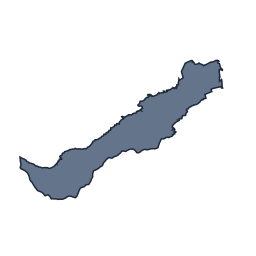 Stanesti, Gorj, Romania, rotated 238°
{"feature_id": "2599482B13485546632352", "entity_name": "Stanesti", "entity_type": "district", "adm_level": 2, "iso_a3": "ROU", "parent_name": "Romania", "parent_adm1": "Gorj", "projection": "orthographic", "projection_center": [23.248, 45.191], "detail": "fine", "context": "isolated", "style": "filled", "palette": "slate", "viewbox_px": 256, "rotation_deg": 238, "n_neighbors": 0, "source": "geoboundaries", "source_scale": "gbopen_adm2", "svg_char_len": 5977}
<svg xmlns="http://www.w3.org/2000/svg" viewBox="0 0 256 256"><g transform="rotate(238 128 128)"><path d="M141.1,224.9L142.6,224.4L144.9,222.7L145.5,222.7L145.3,221.2L145.6,220.4L146.4,218.8L146.8,218.4L149.2,218.6L149.4,217.9L149.7,217.5L149.9,217.9L150.8,218.3L151.4,218.0L151.7,217.4L152.2,214.3L152.4,213.9L152.4,211.9L152.6,210.8L147.5,203.2L141.3,201.4L141.2,197.2L142.7,197.2L141.2,196.1L139.8,194.6L138.9,194.3L138.7,193.9L138.0,193.8L138.3,192.6L138.7,192.2L138.3,191.8L137.5,191.8L137.5,190.7L136.3,190.6L136.3,190.1L136.2,190.0L137.2,189.8L137.3,189.2L137.0,189.0L136.9,188.1L137.7,188.1L138.0,187.7L138.5,187.6L138.1,187.0L138.4,186.4L138.1,184.7L138.2,183.9L138.6,183.4L138.4,183.3L138.4,182.5L138.6,182.1L138.8,182.0L138.7,181.8L138.7,181.3L139.2,181.4L139.6,180.9L139.4,180.4L138.1,180.4L138.1,180.2L138.7,178.5L140.0,178.3L140.3,177.9L139.1,178.0L139.2,177.6L139.7,177.3L139.2,176.7L140.0,175.9L140.0,174.9L140.8,173.5L141.5,173.0L140.8,172.4L141.4,172.0L140.8,169.8L141.5,166.3L141.8,165.8L142.9,165.4L142.3,165.2L142.7,164.7L143.1,164.5L143.3,164.7L144.6,164.4L144.5,163.9L145.9,163.6L144.8,163.4L144.9,163.1L145.5,163.0L145.6,162.6L145.8,162.4L145.6,162.1L144.9,162.7L143.8,162.7L143.7,161.7L143.3,161.4L143.5,160.8L143.9,160.6L144.0,159.5L143.6,158.2L143.4,157.9L143.6,157.5L143.1,156.6L143.0,155.5L143.3,154.2L143.9,152.9L144.3,152.5L142.7,150.8L142.2,148.5L141.2,148.4L140.4,149.3L140.0,150.3L139.3,151.3L138.8,151.4L137.8,150.8L137.2,150.9L136.9,150.5L137.0,149.8L136.6,148.8L136.9,149.2L137.1,149.2L137.0,148.2L135.7,148.4L136.4,147.8L136.6,147.3L136.6,145.9L136.8,145.5L137.2,145.5L137.4,144.5L137.3,143.7L136.4,143.3L136.7,142.2L137.3,141.1L137.4,140.6L137.5,140.0L137.3,139.8L137.6,139.4L137.3,137.8L138.0,137.0L138.3,136.0L138.6,136.0L138.9,135.6L138.7,133.9L139.0,131.7L138.8,130.7L139.7,130.3L140.2,129.5L140.9,129.3L141.0,128.7L139.8,128.6L139.2,129.0L138.3,129.2L138.1,128.2L138.5,126.6L138.0,125.8L137.7,124.3L137.3,123.5L136.6,123.2L135.9,122.6L137.0,122.0L137.7,120.7L137.5,120.3L136.5,119.5L137.6,118.3L136.6,117.2L136.7,115.1L136.6,114.6L137.3,113.7L137.1,113.3L136.2,113.0L135.4,112.0L135.4,111.7L135.9,111.0L136.0,110.6L135.0,109.5L135.0,109.2L135.3,109.0L134.9,108.5L135.0,107.9L135.6,107.3L135.4,106.8L134.5,105.8L134.4,105.5L135.3,104.8L135.5,104.3L134.4,103.0L134.8,101.1L134.3,100.1L134.4,98.3L134.2,97.3L134.6,95.5L135.5,93.8L134.8,92.7L135.2,91.7L135.2,91.1L134.7,90.7L134.6,90.0L133.8,89.3L133.7,88.3L133.0,86.4L133.0,85.2L132.8,84.7L133.2,83.5L132.6,82.5L132.6,82.0L132.6,81.3L133.3,80.7L133.5,80.4L133.5,79.7L134.0,79.2L134.4,77.6L136.1,75.9L136.7,74.5L137.8,73.0L138.8,72.4L138.7,71.0L139.6,69.8L140.1,67.9L140.7,67.0L140.5,65.3L141.5,61.7L140.8,60.7L141.3,59.4L141.0,58.6L140.4,58.2L140.2,57.4L140.0,57.1L140.0,56.7L140.3,56.1L139.8,54.9L138.6,54.9L137.5,55.6L136.7,55.3L136.8,54.7L137.8,53.5L137.9,53.2L136.8,52.3L136.6,52.0L137.1,51.4L136.1,50.4L135.9,49.1L135.0,48.5L135.5,48.3L135.3,47.6L135.5,47.0L134.9,46.2L134.7,45.1L134.8,41.9L135.6,39.5L136.6,39.0L137.4,38.3L137.5,37.5L138.2,37.1L138.9,35.9L139.6,34.1L141.0,33.1L142.0,31.9L143.1,31.3L143.4,30.8L144.1,30.6L144.6,29.8L145.6,29.3L146.5,29.2L147.4,28.8L149.1,27.4L150.7,25.6L151.6,25.6L153.5,24.4L154.5,24.5L156.5,23.6L157.6,22.7L160.6,21.0L156.6,19.0L154.0,18.0L153.3,17.6L151.7,15.7L151.1,15.5L149.9,15.8L146.3,18.1L143.0,19.0L139.4,18.6L137.2,17.7L135.7,17.4L134.1,17.4L132.9,17.8L127.4,17.7L123.0,18.1L119.1,20.9L116.9,21.5L114.8,21.6L114.2,22.3L114.1,23.6L113.8,24.5L113.4,24.9L111.3,25.5L108.4,25.4L108.1,26.7L107.2,27.4L105.9,29.6L104.6,30.8L102.1,35.2L102.0,36.3L101.7,37.3L101.9,39.5L101.7,40.1L101.7,41.5L101.6,42.0L99.6,44.1L97.9,45.3L96.7,46.7L97.4,48.8L101.3,54.0L102.3,55.9L102.1,56.5L102.2,57.3L101.4,59.6L102.1,62.4L101.1,64.3L101.0,65.0L102.8,68.4L104.4,70.4L105.3,72.2L107.7,73.6L109.4,75.4L109.8,76.3L109.9,76.9L109.6,77.8L109.7,78.3L109.4,79.1L109.5,80.5L109.3,81.3L109.7,83.5L109.7,86.4L111.5,89.0L112.1,91.4L112.7,92.7L112.9,93.6L112.8,94.6L113.2,95.8L112.8,96.5L111.8,97.3L110.8,98.8L111.0,99.8L110.9,101.6L110.4,103.4L110.3,105.4L110.6,106.3L110.8,108.4L111.6,110.1L111.2,111.6L109.3,113.8L109.4,115.1L109.1,118.0L108.8,118.8L107.4,121.2L106.9,121.6L104.8,122.2L102.5,122.4L101.5,123.4L101.2,125.2L101.5,127.0L101.4,129.9L100.6,131.4L99.4,132.5L98.0,136.9L97.3,138.1L95.9,140.0L95.4,142.9L99.0,147.1L99.4,148.1L101.0,150.3L100.9,151.1L100.1,152.0L99.7,153.0L99.7,154.3L99.9,155.2L99.1,156.7L98.3,157.4L98.3,158.5L97.7,161.0L98.1,162.6L98.7,162.5L98.4,164.4L98.9,164.4L98.7,164.7L99.3,164.8L99.6,165.2L99.1,166.0L99.3,166.5L100.5,165.3L101.6,166.8L102.5,166.5L102.8,165.9L102.6,165.2L102.8,164.9L102.9,165.5L103.7,165.9L103.3,166.2L103.5,166.4L103.2,166.5L103.2,166.9L105.6,166.0L106.2,166.9L106.7,167.8L107.3,170.6L107.5,172.1L107.4,174.3L107.6,174.7L108.0,174.6L107.3,175.5L108.6,176.3L108.2,176.8L108.0,177.4L108.2,178.4L107.6,178.3L107.4,178.5L108.0,179.2L108.8,179.7L109.1,180.6L109.5,180.8L109.2,181.7L108.4,182.9L108.3,183.8L109.3,184.3L109.7,185.0L110.3,187.1L110.9,187.3L111.8,186.9L112.1,187.2L112.5,187.3L112.7,188.1L112.8,188.5L112.3,189.0L112.6,190.0L113.0,190.4L113.2,191.0L112.7,192.5L113.0,193.2L112.3,197.1L111.7,198.5L111.6,200.4L112.0,202.9L112.6,204.0L112.7,205.8L112.3,206.2L112.3,206.9L113.0,207.5L112.9,208.0L112.1,208.6L111.9,209.9L115.7,211.0L114.5,218.4L116.8,218.9L116.5,221.0L113.8,228.8L112.3,228.5L111.8,229.5L113.4,229.7L113.4,229.9L118.1,232.5L118.3,232.2L119.3,233.0L119.5,233.0L119.3,232.7L119.5,231.9L119.3,231.6L119.7,230.8L119.6,230.6L122.8,232.4L122.5,233.0L127.0,235.0L129.1,236.3L129.0,236.9L128.7,236.7L128.1,237.8L126.9,238.4L127.0,238.8L127.8,239.1L128.0,238.6L128.8,238.4L131.5,238.8L134.3,239.7L135.3,238.7L136.4,239.4L137.1,239.5L136.7,240.5L137.1,240.4L137.7,240.0L137.8,239.3L138.0,239.4L137.8,239.9L138.0,239.7L138.8,238.2L138.8,236.2L139.7,233.2L139.9,233.2L139.8,232.8L140.1,232.4L140.5,226.4L141.1,226.0L140.8,225.2L141.1,224.9Z" fill="#64748b" stroke="#1e293b" stroke-width="1.5"/></g></svg>